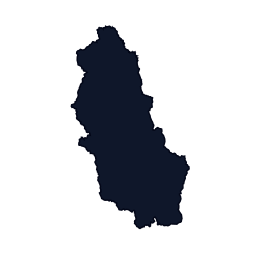 Mueang Mae Hong Son, Mae Hong Son, Thailand (Equal Earth projection), rotated 348°
{"feature_id": "78962969B54063413445494", "entity_name": "Mueang Mae Hong Son", "entity_type": "district", "adm_level": 2, "iso_a3": "THA", "parent_name": "Thailand", "parent_adm1": "Mae Hong Son", "projection": "equal_earth", "projection_center": [98.008, 19.287], "detail": "fine", "context": "isolated", "style": "filled", "palette": "ink", "viewbox_px": 256, "rotation_deg": 348, "n_neighbors": 0, "source": "geoboundaries", "source_scale": "gbopen_adm2", "svg_char_len": 5794}
<svg xmlns="http://www.w3.org/2000/svg" viewBox="0 0 256 256"><g transform="rotate(348 128 128)"><path d="M177.6,167.3L176.1,167.2L174.7,166.4L173.2,167.6L172.6,167.5L171.0,165.6L169.9,165.2L169.0,163.1L168.4,162.5L167.7,162.4L167.0,162.8L165.7,162.2L164.9,161.2L163.5,160.4L163.5,158.9L162.9,157.7L161.1,156.2L160.0,154.1L159.1,154.0L159.1,153.6L159.5,152.0L160.1,151.2L161.2,149.0L161.6,146.3L161.1,142.7L159.9,140.5L159.8,139.6L160.0,138.9L160.5,138.2L160.7,136.1L160.0,135.6L158.8,135.3L157.2,133.8L156.5,133.8L156.1,134.4L155.0,134.5L154.6,135.1L153.2,135.7L152.2,135.3L152.3,134.5L152.1,133.3L153.1,132.2L153.8,130.6L153.3,129.2L153.2,127.5L152.6,125.7L152.0,122.3L152.1,120.4L151.6,118.3L151.5,115.9L152.6,115.0L153.0,115.2L153.6,113.6L154.1,112.9L156.0,112.5L156.4,108.8L157.3,108.0L157.6,106.8L157.3,105.6L158.3,103.6L157.6,103.0L156.7,102.8L156.4,102.1L155.3,102.0L154.4,101.0L153.4,100.8L153.1,100.2L151.4,99.6L150.7,99.0L150.3,98.3L149.7,98.3L148.8,97.6L149.4,96.4L148.8,94.5L148.6,91.9L148.9,91.5L148.7,90.2L149.9,88.6L150.4,88.4L150.7,87.2L150.3,86.1L150.8,85.8L150.7,84.3L151.1,83.8L150.6,83.2L150.7,82.6L150.5,82.2L150.4,80.6L150.1,79.7L150.2,78.7L149.7,78.0L149.7,77.3L149.3,77.3L149.2,76.9L149.5,75.8L151.4,72.7L151.3,72.2L150.4,71.3L150.2,67.7L150.6,65.3L151.1,64.7L150.9,64.1L151.6,64.0L151.3,62.4L151.8,62.0L152.0,61.5L151.3,61.3L150.8,60.4L151.3,59.6L151.9,59.4L151.2,59.0L150.8,59.8L150.6,59.8L150.7,58.8L150.2,57.4L150.7,56.2L150.3,56.1L150.5,55.4L149.9,55.7L149.7,54.9L148.8,55.1L148.5,54.6L148.2,55.2L147.2,54.5L146.3,54.8L145.9,54.4L145.4,54.7L145.2,53.9L144.7,53.9L145.0,53.4L144.5,53.0L144.4,52.2L144.0,51.5L142.8,51.1L142.3,50.3L142.1,50.4L141.6,49.7L141.2,47.6L141.5,47.5L141.1,46.8L141.3,46.0L141.0,45.3L141.9,44.9L142.1,44.4L141.8,44.0L140.5,43.8L140.6,43.2L141.2,42.9L141.5,41.6L141.3,41.3L140.6,41.5L140.4,40.6L139.4,40.6L139.8,39.5L139.2,39.4L138.9,38.3L138.0,37.5L137.8,36.6L137.9,35.2L137.0,34.4L137.1,32.4L137.4,31.3L136.1,29.8L135.8,27.9L134.2,26.7L133.8,26.8L133.5,26.0L132.7,27.0L132.2,26.8L131.8,26.3L131.7,25.2L131.1,24.6L128.3,24.7L127.4,24.0L127.3,24.9L127.0,25.2L126.3,24.8L125.6,25.1L125.1,24.9L124.4,26.0L124.2,25.2L122.7,24.5L122.3,24.7L121.9,24.3L121.1,24.3L120.7,23.8L120.3,24.1L120.2,25.1L119.8,25.6L118.8,25.3L118.1,25.7L118.7,26.9L118.1,29.0L118.9,30.6L118.4,32.0L118.8,34.0L118.7,35.1L117.8,35.6L115.6,36.0L115.2,36.7L115.3,37.7L114.4,37.2L113.6,37.6L112.9,37.2L112.6,36.7L111.5,36.3L109.6,38.2L108.3,38.9L107.9,38.7L106.6,40.0L104.4,40.3L102.5,42.1L100.1,42.5L97.7,41.2L96.4,42.1L95.2,42.0L93.8,42.9L93.3,44.3L93.9,45.3L94.1,46.4L93.2,47.9L92.4,51.1L92.5,54.2L92.3,55.8L94.5,57.4L95.3,58.4L95.4,60.5L96.6,60.9L96.7,61.7L96.4,62.4L96.9,63.3L97.9,63.2L99.6,65.0L97.9,65.8L97.7,66.2L97.1,66.1L96.3,66.5L96.2,67.3L96.6,68.5L96.0,69.6L94.9,69.7L94.1,70.1L93.7,70.6L93.3,71.5L93.5,72.1L93.5,73.1L93.0,73.4L93.0,74.3L91.3,75.0L90.1,76.5L90.0,77.5L89.3,77.8L89.2,78.3L88.8,78.5L88.4,80.1L87.6,80.6L86.5,82.3L86.2,83.2L86.2,85.9L85.1,87.9L83.6,89.3L83.6,90.0L83.3,90.6L82.7,91.2L81.6,91.5L81.5,92.6L81.0,93.2L77.7,93.6L77.1,95.1L77.5,96.2L78.6,96.2L80.1,98.0L81.1,98.3L81.2,99.2L80.7,100.5L81.6,101.7L80.3,103.1L80.6,105.4L80.3,106.9L79.8,107.4L79.9,108.5L80.8,109.2L81.0,109.9L81.7,110.5L82.0,110.5L82.2,111.4L83.2,112.2L83.0,112.9L82.6,113.0L82.8,114.2L83.5,114.4L83.8,115.3L85.1,115.6L85.2,116.4L85.9,117.3L85.9,118.1L85.5,119.5L86.5,121.1L86.6,123.4L87.8,124.1L89.0,124.0L89.5,124.9L89.4,125.5L89.7,126.3L89.6,127.2L88.9,126.7L87.1,126.8L85.8,129.2L85.0,129.3L83.9,128.6L83.0,129.1L82.6,130.1L82.2,129.3L81.7,128.9L81.6,127.8L80.5,127.4L80.3,128.2L79.4,129.1L79.0,128.8L78.1,129.1L77.8,131.6L77.1,131.9L77.1,132.6L76.7,133.0L76.5,133.7L76.6,134.7L78.4,135.0L78.7,135.7L80.6,136.6L82.3,137.9L82.8,138.8L82.9,140.0L84.1,142.4L85.6,142.3L86.1,142.8L85.9,145.0L86.8,145.1L89.3,146.3L89.5,146.5L89.4,147.5L90.2,149.2L90.1,152.9L88.8,154.1L88.6,155.0L89.1,156.3L89.1,157.2L90.0,159.0L88.7,162.3L89.3,163.3L89.0,164.6L89.7,165.4L89.4,167.2L89.8,167.7L90.0,168.8L89.7,169.5L88.5,169.9L88.4,171.3L87.7,172.7L87.8,173.3L88.5,174.6L88.4,175.4L88.8,177.3L89.1,177.8L88.9,178.4L89.0,179.3L88.3,180.9L88.6,183.0L88.2,183.9L88.2,184.9L86.6,185.6L87.6,190.1L87.6,191.5L88.6,192.1L88.9,192.8L90.4,193.8L93.3,194.3L94.4,195.4L95.0,194.9L96.2,195.1L96.6,196.3L98.1,196.2L98.4,196.9L99.4,197.0L100.0,198.6L101.2,198.7L101.4,199.2L100.7,201.1L102.2,204.6L102.2,205.7L102.4,206.1L104.9,207.0L105.9,206.5L107.1,206.3L107.7,207.5L109.3,207.2L111.3,207.8L114.4,211.0L115.9,209.9L116.7,209.8L117.3,211.0L116.7,212.3L117.2,213.1L116.7,215.4L117.1,216.4L117.0,218.8L116.7,219.4L115.3,220.2L115.0,220.9L115.1,221.7L114.6,222.7L115.7,224.3L116.2,226.2L116.9,226.5L117.9,228.0L118.8,228.7L120.0,228.2L121.0,228.2L121.5,227.6L123.2,228.0L123.8,227.0L125.2,226.4L126.2,227.1L127.4,226.9L128.5,228.9L129.0,228.9L129.6,228.5L129.8,227.3L130.3,226.4L130.7,224.8L131.1,224.8L132.1,225.9L132.7,225.9L134.6,224.9L134.6,224.4L133.7,222.4L134.3,221.3L135.9,220.7L136.8,222.5L137.1,225.5L137.6,226.0L136.8,228.3L137.0,228.8L138.2,228.8L138.8,227.9L139.6,229.2L140.2,229.7L141.8,229.6L143.0,231.0L145.3,231.2L146.7,231.9L148.6,231.5L149.9,230.5L151.0,231.0L155.9,232.2L157.8,231.1L159.8,231.0L160.6,230.6L161.4,228.6L161.9,227.9L162.2,224.0L160.5,219.9L160.5,219.1L160.1,218.2L160.8,217.4L161.3,215.8L161.6,213.9L161.3,213.0L163.7,210.6L165.0,208.3L165.1,205.5L164.5,204.5L164.7,203.2L166.2,203.1L166.2,200.6L169.2,198.2L170.0,194.1L170.9,194.0L171.8,191.7L173.5,189.2L173.8,186.7L175.1,186.1L175.4,185.2L176.2,184.8L176.5,183.5L176.3,182.8L176.5,182.4L177.6,181.5L178.5,181.4L179.2,180.7L179.5,178.6L178.8,178.1L178.4,176.4L177.0,175.3L177.7,174.3L177.8,173.7L177.7,172.8L177.0,171.4L177.5,169.6L177.3,168.5L177.6,167.3Z" fill="#0f172a" stroke="#020617" stroke-width="1.5"/></g></svg>